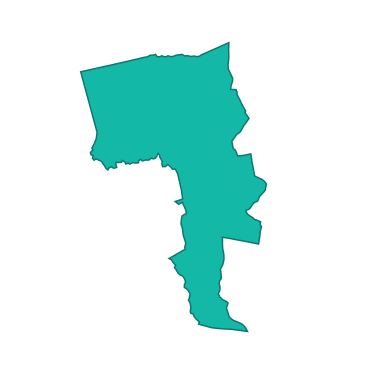 Campina Grande, Paraíba, Brazil, rotated 71°
{"feature_id": "56859067B75608980629156", "entity_name": "Campina Grande", "entity_type": "district", "adm_level": 2, "iso_a3": "BRA", "parent_name": "Brazil", "parent_adm1": "Paraíba", "projection": "orthographic", "projection_center": [-35.922, -7.27], "detail": "fine", "context": "isolated", "style": "filled", "palette": "teal", "viewbox_px": 384, "rotation_deg": 71, "n_neighbors": 0, "source": "geoboundaries", "source_scale": "gbopen_adm2", "svg_char_len": 3251}
<svg xmlns="http://www.w3.org/2000/svg" viewBox="0 0 384 384"><g transform="rotate(71 192 192)"><path d="M42.1,258.1L104.6,262.3L108.3,264.1L110.9,265.5L112.4,267.0L114.2,268.4L116.3,270.6L117.8,272.4L119.8,271.8L121.5,275.1L123.7,275.5L125.4,273.7L127.6,275.1L130.1,274.2L129.3,272.1L131.5,269.8L133.5,267.6L136.6,266.9L139.0,266.1L141.6,265.7L143.8,264.3L142.3,262.7L141.8,260.2L144.1,258.2L144.3,255.2L141.2,255.0L139.2,254.0L140.4,251.3L141.0,249.0L139.4,247.7L141.7,245.8L144.1,245.4L143.9,243.0L145.4,241.7L144.9,238.3L146.4,235.8L147.0,233.1L145.0,232.1L144.4,229.8L146.4,228.9L146.7,225.4L147.8,222.2L146.8,219.6L148.2,217.5L148.0,215.4L146.5,213.4L144.5,211.5L146.4,210.6L148.5,211.1L150.7,210.6L153.6,210.3L155.7,211.4L158.5,211.5L159.3,208.7L158.2,206.0L160.9,204.2L164.1,203.0L164.9,200.4L167.2,200.0L170.3,199.6L183.8,201.1L186.1,201.3L195.6,203.1L195.5,211.0L199.3,208.6L198.5,204.4L201.6,204.3L203.9,204.0L207.3,203.8L210.7,204.3L210.7,206.4L211.4,209.1L213.3,210.3L216.0,211.7L219.1,212.9L222.8,212.8L227.1,213.7L230.2,214.4L232.5,214.4L235.5,214.4L238.8,214.7L241.7,216.8L243.9,217.1L247.4,235.4L249.3,233.6L253.1,232.6L255.9,231.3L257.8,233.2L260.3,232.3L264.1,231.6L266.3,230.4L267.8,228.6L269.7,227.7L272.4,227.3L275.1,227.4L277.2,229.4L279.7,230.3L281.7,228.7L283.9,227.7L287.5,227.0L291.1,228.8L293.2,230.6L295.7,230.0L298.5,230.2L301.5,230.9L303.9,232.4L306.2,232.7L307.5,230.7L309.9,230.6L312.2,229.9L314.7,228.9L317.1,227.3L319.1,228.8L326.6,217.8L329.6,211.6L334.9,198.9L341.9,184.9L337.5,185.7L335.4,186.5L333.1,187.8L331.5,189.3L326.6,194.9L324.3,196.4L322.2,197.5L319.9,197.3L317.0,197.3L314.7,197.3L312.6,197.1L310.8,195.5L308.6,194.0L306.5,195.3L303.8,198.1L300.4,199.8L296.8,200.3L293.9,197.6L290.8,196.4L287.8,196.3L285.4,195.2L283.4,192.6L280.7,191.6L277.8,191.0L274.4,190.3L272.5,188.5L270.9,186.7L268.8,185.3L265.9,183.6L261.7,182.3L257.8,181.7L255.6,181.4L251.9,180.4L247.6,178.9L244.7,178.0L248.1,171.6L262.8,146.0L259.7,144.3L257.1,142.9L254.4,141.6L251.5,140.3L249.6,139.0L247.3,137.5L244.9,138.3L242.5,136.8L240.1,139.4L238.4,141.8L236.0,142.9L233.9,144.7L231.9,146.2L229.0,147.3L226.9,146.9L226.8,143.4L225.4,141.2L223.9,139.4L222.2,136.5L222.1,133.4L220.9,131.7L218.5,130.1L216.4,126.3L215.4,124.1L214.1,122.1L210.7,120.3L208.7,119.0L205.0,120.3L202.6,121.9L201.3,123.4L199.3,125.5L197.3,127.5L183.1,125.5L175.1,124.0L174.1,131.9L172.8,137.0L169.9,137.2L166.9,137.3L164.2,138.8L160.2,138.3L157.0,137.8L155.7,136.0L154.5,134.2L152.1,131.0L151.3,127.7L150.1,125.8L148.4,123.9L146.2,121.6L144.6,119.1L142.8,116.6L141.0,114.1L138.9,114.7L136.9,115.2L134.5,116.0L132.7,114.9L129.7,115.6L126.7,116.0L124.0,116.5L120.7,116.7L117.1,117.3L114.2,117.7L112.3,116.9L109.5,117.0L108.6,119.6L107.5,122.0L105.1,120.9L103.0,119.5L100.3,117.5L97.8,116.6L94.8,116.8L91.6,117.2L87.4,117.6L83.9,116.7L81.3,115.5L79.1,114.4L75.3,112.9L72.1,111.9L68.8,110.9L66.5,109.9L62.8,108.5L65.4,138.7L66.1,141.2L65.4,143.7L64.1,145.7L63.6,148.7L61.6,152.0L61.0,154.6L58.7,156.5L58.1,159.3L57.5,162.7L57.7,166.2L56.7,168.6L55.4,170.3L55.7,172.8L54.7,174.7L53.3,176.3L53.7,178.6L52.5,181.0L50.0,181.7L50.0,184.1L49.1,186.9L49.7,190.5L49.2,192.5L48.5,199.8L46.9,215.3L42.1,258.1Z" fill="#14b8a6" stroke="#0f766e" stroke-width="1.5"/></g></svg>